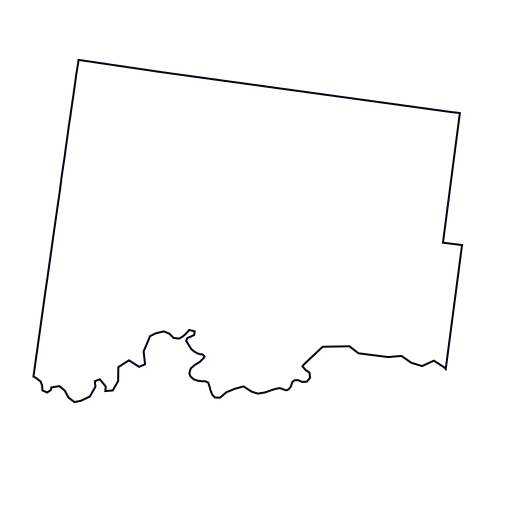 Williams, North Dakota, United States of America (orthographic projection), rotated 8°
{"feature_id": "52423323B9196090230965", "entity_name": "Williams", "entity_type": "district", "adm_level": 2, "iso_a3": "USA", "parent_name": "United States of America", "parent_adm1": "North Dakota", "projection": "orthographic", "projection_center": [-103.614, 48.296], "detail": "fine", "context": "isolated", "style": "outline", "palette": "ink", "viewbox_px": 512, "rotation_deg": 8, "n_neighbors": 0, "source": "geoboundaries", "source_scale": "gbopen_adm2", "svg_char_len": 1884}
<svg xmlns="http://www.w3.org/2000/svg" viewBox="0 0 512 512"><g transform="rotate(8 256 256)"><path d="M438.0,86.1L435.0,86.1L430.8,86.3L135.5,87.1L53.0,86.5L53.0,90.0L53.0,90.7L52.9,93.4L52.7,104.0L52.8,107.8L52.8,122.2L52.7,133.8L52.7,137.9L52.6,138.3L52.7,140.7L52.7,144.7L52.5,153.7L52.6,156.6L52.6,170.2L52.6,177.3L52.6,177.5L52.6,180.1L52.7,180.8L52.6,193.3L52.5,198.3L52.5,208.5L52.6,209.1L52.6,216.5L52.7,216.8L52.6,232.8L52.5,275.7L52.5,276.5L52.6,281.0L52.5,281.8L52.5,283.4L52.5,307.2L52.5,307.9L52.4,316.0L52.4,322.0L52.4,406.4L55.2,407.4L60.3,410.4L62.3,414.3L63.2,418.8L68.2,420.2L71.4,417.4L71.8,414.6L79.5,412.2L85.3,415.9L90.2,422.4L96.5,425.9L102.5,423.9L111.0,418.3L115.2,407.7L113.8,402.5L118.5,399.8L125.4,406.2L125.6,410.7L132.9,409.1L136.9,398.9L135.1,385.2L144.7,377.0L155.6,382.0L161.2,378.7L158.0,366.1L162.3,350.0L167.5,346.5L175.1,343.5L181.1,345.0L185.8,348.6L191.3,348.5L194.6,346.0L197.7,342.4L200.1,338.6L205.7,339.1L205.8,342.8L202.0,345.3L199.5,346.7L198.7,349.7L200.0,351.4L202.7,354.6L205.0,357.3L208.0,359.1L211.6,360.6L214.8,361.0L216.7,360.9L219.0,362.6L218.3,364.5L215.1,368.7L210.5,372.4L207.0,376.5L206.3,381.4L208.0,384.5L211.7,386.9L215.8,387.6L219.7,387.6L223.4,387.1L226.4,388.1L228.2,391.9L229.8,395.7L232.0,399.4L234.8,401.8L240.0,401.4L245.7,395.0L253.8,390.3L261.8,386.9L270.7,391.0L277.1,392.0L280.0,391.1L283.8,389.9L286.9,388.3L290.2,386.6L294.1,384.8L297.8,383.5L300.8,384.0L303.3,384.7L305.1,384.7L307.3,383.0L308.6,380.6L309.1,378.1L309.4,376.0L311.0,374.0L312.7,373.4L314.8,373.1L316.9,373.6L319.4,374.3L323.8,373.4L326.5,369.0L325.1,363.9L321.0,362.0L317.4,358.8L318.4,356.9L334.6,336.6L361.1,332.4L371.1,338.1L378.3,338.0L400.9,337.7L414.0,334.7L424.6,340.1L435.8,341.9L446.7,334.9L457.9,340.1L459.6,341.5L458.9,261.0L458.5,216.5L439.3,216.8L438.4,129.7L438.0,86.1Z" fill="none" stroke="#020617" stroke-width="2"/></g></svg>